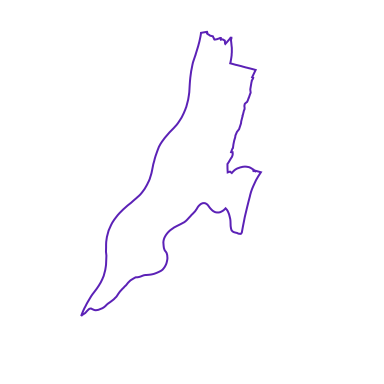 the district of Zaltbommel, Gelderland, Netherlands, rotated 293°
{"feature_id": "6326949B96926910837809", "entity_name": "Zaltbommel", "entity_type": "district", "adm_level": 2, "iso_a3": "NLD", "parent_name": "Netherlands", "parent_adm1": "Gelderland", "projection": "robinson", "projection_center": [5.161, 51.782], "detail": "fine", "context": "isolated", "style": "outline", "palette": "violet", "viewbox_px": 384, "rotation_deg": 293, "n_neighbors": 0, "source": "geoboundaries", "source_scale": "gbopen_adm2", "svg_char_len": 5827}
<svg xmlns="http://www.w3.org/2000/svg" viewBox="0 0 384 384"><g transform="rotate(293 192 192)"><path d="M342.0,138.1L340.7,138.5L338.6,139.0L333.5,140.0L328.6,140.7L323.8,141.2L319.8,141.6L319.7,141.7L318.9,141.7L312.3,142.2L311.4,142.3L309.2,142.7L305.0,143.6L303.0,144.0L296.8,145.7L293.6,146.7L290.4,147.8L282.8,150.5L279.5,151.4L275.4,152.4L271.4,153.0L268.0,153.5L266.8,153.5L265.3,153.6L261.4,153.6L257.6,153.4L256.3,153.3L251.6,152.5L249.6,152.1L247.4,151.5L246.3,151.1L243.7,150.2L238.1,148.0L232.8,146.3L230.8,145.7L226.6,144.7L223.8,144.2L220.7,143.9L217.4,144.0L215.5,144.1L210.8,144.4L208.2,144.7L205.7,145.1L202.5,145.5L197.2,146.6L193.7,147.3L192.1,147.5L188.2,147.9L187.7,148.0L187.2,148.0L184.8,148.0L184.0,147.9L181.6,147.8L179.6,147.6L176.4,147.2L173.4,146.5L171.8,146.1L169.5,145.4L167.8,144.7L160.8,141.3L158.4,140.2L154.4,138.0L149.1,135.5L144.4,133.6L141.8,132.7L138.8,131.9L136.0,131.2L132.6,130.6L130.0,130.4L124.0,130.3L121.1,130.7L118.3,131.1L117.5,131.2L115.2,131.8L112.6,132.5L110.2,133.4L107.6,134.5L103.3,136.2L101.9,137.0L99.9,138.1L96.5,139.4L91.4,141.3L89.6,141.8L86.8,142.5L85.8,142.7L82.3,143.2L80.2,143.5L76.6,143.5L72.9,143.3L72.3,143.2L69.4,142.8L65.8,142.1L63.0,141.4L58.7,140.3L57.2,140.0L56.7,139.9L50.8,139.1L48.4,138.8L47.0,138.7L45.2,138.6L43.3,138.4L41.2,138.3L39.4,138.3L38.3,138.3L37.3,138.3L35.2,138.4L34.6,138.5L35.8,138.9L38.9,141.0L42.1,142.1L43.7,142.8L44.4,143.2L44.9,143.9L45.3,144.5L45.2,146.0L45.2,148.2L45.5,149.5L46.2,150.7L47.0,151.9L48.8,153.7L50.1,155.0L51.7,156.1L53.3,156.9L54.9,157.5L56.5,158.3L58.7,159.7L61.3,161.2L62.8,162.0L64.4,162.6L66.0,163.3L67.4,163.6L69.2,163.9L70.6,164.2L72.3,164.6L73.7,165.1L75.7,165.8L77.3,166.5L78.6,166.9L80.3,167.7L83.5,168.6L85.0,169.2L86.6,169.9L88.2,171.0L89.7,172.1L91.4,173.4L92.3,175.3L93.2,176.6L94.2,177.8L95.6,179.2L96.6,180.3L97.4,181.6L97.9,182.7L98.6,184.0L99.3,185.3L100.0,186.5L100.9,187.8L101.8,189.0L103.1,190.4L104.2,191.5L105.5,192.7L106.9,193.9L107.4,194.3L108.9,195.2L110.5,195.7L112.1,196.1L113.7,196.3L115.3,196.4L116.8,196.3L118.5,196.0L120.0,195.7L121.6,195.2L123.1,194.4L124.1,193.9L125.8,192.6L126.7,191.4L127.4,190.1L127.9,189.4L129.5,188.0L131.0,187.1L132.7,186.2L134.1,185.5L134.2,185.4L135.8,184.9L137.4,184.6L139.0,184.5L140.5,184.6L142.1,184.8L142.5,184.9L143.8,185.2L145.5,185.7L146.7,186.2L147.5,186.5L148.8,187.2L149.3,187.5L150.9,188.5L151.7,189.0L152.1,189.2L153.1,190.0L154.7,191.3L158.1,194.2L159.6,195.4L161.2,196.7L162.8,197.6L164.4,198.3L167.5,199.4L169.1,200.0L170.7,200.5L172.3,201.2L173.9,201.8L175.5,202.4L177.1,202.7L177.9,202.9L178.6,203.0L180.2,203.2L181.8,203.6L183.4,204.3L184.5,204.9L185.8,206.1L186.5,207.4L186.8,208.6L186.7,209.9L186.4,211.1L185.8,212.3L185.0,213.6L184.3,214.8L183.7,216.1L183.2,217.3L182.8,218.5L182.6,219.8L182.5,221.0L182.7,222.3L183.1,223.5L183.7,224.8L184.6,226.0L186.7,227.7L188.3,228.6L190.1,229.3L189.3,231.0L188.5,232.2L187.4,233.4L186.1,234.7L185.1,235.5L183.5,236.7L182.0,237.8L180.4,238.7L177.2,240.2L175.7,240.9L173.6,242.2L172.2,243.4L171.6,244.7L171.4,245.9L171.5,247.2L171.7,248.4L171.9,249.6L171.8,250.9L172.1,252.1L172.5,253.2L172.7,253.4L174.1,253.7L180.4,252.3L185.2,251.3L189.4,250.4L194.7,249.5L199.4,248.7L205.7,247.7L210.5,247.0L212.1,246.7L215.2,246.3L216.8,246.2L218.4,246.1L221.6,246.1L224.7,246.2L227.9,246.3L229.5,246.5L231.1,246.7L232.6,246.9L237.1,247.7L236.4,242.3L235.8,242.3L235.8,241.5L235.7,241.3L235.8,241.3L235.9,241.2L236.0,241.1L235.9,240.7L235.7,240.1L236.6,240.0L236.8,238.3L237.0,237.6L237.0,237.1L237.1,236.5L237.1,235.8L237.2,235.6L237.1,234.6L236.9,233.7L236.6,232.4L236.2,231.2L235.9,230.5L235.2,229.2L234.9,228.7L234.5,228.2L233.5,226.8L231.9,225.1L231.5,224.6L230.6,223.9L230.1,223.5L229.2,222.9L228.2,222.4L227.5,222.1L226.8,221.8L226.0,221.5L225.0,221.2L225.6,219.0L224.0,217.2L227.7,215.4L231.6,213.7L233.6,214.1L238.2,214.7L238.7,214.8L239.5,215.0L240.5,215.0L240.9,215.0L241.9,214.9L242.7,214.7L243.0,214.6L244.5,213.8L243.9,212.5L243.9,212.4L247.1,212.3L247.8,212.3L248.0,212.3L248.3,212.4L248.4,212.5L248.5,212.5L252.1,211.5L252.6,211.4L255.1,210.9L256.2,210.7L259.1,210.4L261.0,209.9L261.3,209.9L263.5,209.9L264.9,209.9L268.2,210.8L274.1,210.3L274.6,210.2L276.3,209.7L279.6,209.2L281.8,208.9L281.9,208.7L283.5,208.6L286.5,208.1L287.1,208.0L288.4,208.0L288.7,208.0L289.1,207.9L290.5,207.3L290.8,207.1L291.6,206.6L291.9,206.5L292.1,206.5L293.4,206.2L293.7,206.2L293.9,206.2L294.1,206.3L294.6,206.5L296.0,207.2L296.4,207.5L296.7,207.5L297.1,207.5L297.3,207.5L297.7,207.6L300.7,207.4L300.8,207.5L304.8,207.2L306.2,207.2L306.5,207.1L309.1,205.6L309.4,205.5L316.5,203.8L317.0,203.8L317.9,203.5L320.0,203.8L320.4,203.8L320.6,203.8L320.9,203.6L321.1,203.6L321.1,202.5L329.2,202.9L328.8,199.8L328.5,197.8L328.3,196.4L328.2,196.3L328.1,195.4L327.9,194.0L327.8,193.6L327.6,192.3L327.4,190.6L327.3,190.1L327.1,188.2L326.3,183.2L326.3,183.3L326.2,182.9L325.6,178.2L325.4,176.9L326.0,176.8L327.2,176.6L329.4,176.1L331.0,175.7L332.5,175.3L333.2,175.1L335.1,174.4L336.1,174.1L338.2,173.2L340.1,172.4L341.0,171.9L342.4,171.1L344.8,169.8L345.0,169.7L346.5,168.8L347.3,168.5L348.0,168.3L348.2,168.2L348.6,168.3L348.9,168.2L349.2,168.1L349.4,168.0L349.1,167.2L348.4,167.1L347.0,166.7L343.0,165.4L341.3,164.8L341.5,164.5L341.7,164.4L342.6,163.9L343.1,163.6L344.0,163.2L344.2,162.9L344.3,162.7L344.3,161.8L344.5,160.7L344.4,160.4L343.7,159.3L343.5,159.1L343.7,158.9L345.0,158.4L344.9,158.0L344.8,157.7L344.6,157.6L344.3,157.3L344.0,157.1L343.8,156.8L343.5,156.4L342.5,155.4L342.3,155.1L341.5,153.9L341.3,153.5L341.1,153.1L341.3,152.7L341.6,152.5L342.0,152.1L342.6,151.3L343.2,150.6L343.4,150.5L343.4,150.4L343.4,149.9L343.3,149.3L343.1,148.2L343.0,147.8L343.1,147.1L343.3,146.5L343.4,145.4L343.7,144.0L343.9,143.8L344.4,144.0L345.3,143.3L345.1,142.9L342.0,138.1Z" fill="none" stroke="#5b21b6" stroke-width="2"/></g></svg>